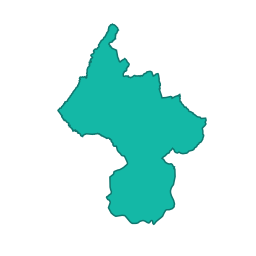 outline of San Kamphaeng, Chiang Mai, Thailand, rotated 51°
{"feature_id": "78962969B510948306110", "entity_name": "San Kamphaeng", "entity_type": "district", "adm_level": 2, "iso_a3": "THA", "parent_name": "Thailand", "parent_adm1": "Chiang Mai", "projection": "mercator", "projection_center": [99.128, 18.733], "detail": "fine", "context": "isolated", "style": "filled", "palette": "teal", "viewbox_px": 256, "rotation_deg": 51, "n_neighbors": 0, "source": "geoboundaries", "source_scale": "gbopen_adm2", "svg_char_len": 5687}
<svg xmlns="http://www.w3.org/2000/svg" viewBox="0 0 256 256"><g transform="rotate(51 128 128)"><path d="M186.4,194.0L188.7,193.2L189.2,192.6L192.1,187.5L193.8,185.8L194.8,185.5L201.8,185.4L203.9,185.1L204.9,184.6L206.4,182.8L207.5,181.2L208.0,179.8L208.0,177.6L209.0,175.1L209.7,174.2L210.5,173.7L211.2,173.3L213.6,172.5L214.9,171.6L215.0,170.7L214.5,168.5L214.9,167.7L215.7,167.5L217.9,168.7L219.0,168.6L219.1,167.9L218.4,164.9L218.4,158.2L218.3,156.6L216.7,153.4L215.7,150.7L215.7,150.1L215.8,149.5L217.5,147.3L218.5,144.5L218.4,142.7L218.2,141.7L217.3,141.1L216.8,140.2L216.0,139.5L212.9,138.1L208.2,137.0L205.4,135.9L203.6,134.6L202.1,132.6L201.2,130.6L200.6,128.3L195.4,122.0L189.6,117.6L188.8,117.4L188.5,117.9L188.1,117.7L187.5,116.4L186.2,117.0L184.3,116.6L183.3,116.8L182.9,117.1L181.8,118.8L180.5,119.6L179.1,120.2L177.7,120.5L175.0,120.1L173.0,120.6L172.7,118.6L173.0,116.6L172.6,113.6L173.2,111.6L172.2,109.7L172.4,108.2L171.8,106.2L173.7,105.9L175.8,106.6L177.5,106.1L178.6,105.2L178.8,103.7L179.1,103.4L180.9,102.8L182.5,101.5L184.4,98.3L184.6,97.4L184.3,95.1L185.8,92.0L186.1,90.4L185.3,88.5L185.6,87.2L185.6,86.4L184.8,84.6L184.9,83.0L184.3,81.8L184.8,80.6L184.7,79.6L183.6,76.8L182.9,76.2L182.2,74.8L181.2,73.7L179.9,73.7L177.4,71.7L175.2,70.6L174.8,70.0L174.5,66.8L173.9,64.9L172.1,64.4L171.1,62.4L169.2,61.5L166.6,65.2L165.0,65.2L163.5,66.6L162.5,67.2L160.2,67.6L159.4,68.0L158.2,68.1L157.8,68.5L157.1,68.0L155.9,68.7L154.8,69.0L153.9,69.8L153.0,70.1L151.9,69.6L151.1,69.6L150.0,70.0L148.2,69.8L147.4,71.0L144.8,70.6L143.4,70.9L140.9,70.4L140.7,70.8L140.3,70.9L137.9,69.3L137.8,68.8L135.8,68.2L136.1,67.4L134.5,66.7L134.3,68.8L133.3,71.4L132.6,75.0L131.4,74.4L130.4,75.0L128.3,79.2L126.0,82.6L123.5,81.5L117.4,79.2L117.7,78.4L115.5,77.2L115.1,76.8L115.3,76.2L114.1,75.2L113.2,74.8L112.7,75.0L111.6,74.3L111.1,74.3L109.3,72.8L105.9,70.9L104.7,70.5L104.2,71.1L103.7,72.5L103.9,74.2L103.5,75.7L101.9,75.1L101.3,75.1L99.7,74.3L98.3,74.8L97.5,75.7L96.3,78.1L96.7,79.3L96.0,81.4L96.6,84.1L96.4,84.3L96.1,84.3L95.4,84.9L95.5,86.2L94.7,86.3L94.3,86.6L93.9,87.6L93.1,88.3L92.5,89.4L91.5,89.6L91.3,89.9L91.1,90.4L91.1,92.2L90.5,94.4L89.7,94.6L88.7,95.6L87.8,95.1L87.5,95.7L87.2,95.8L86.0,97.2L85.6,98.4L84.9,98.9L83.6,98.2L82.8,97.5L82.5,97.0L82.5,96.2L81.8,95.4L81.7,95.0L82.5,94.1L82.2,93.4L82.3,92.9L82.0,92.7L82.0,92.4L80.7,91.7L80.8,91.0L80.1,89.8L80.5,89.0L79.9,88.6L79.9,88.1L79.2,87.0L78.6,86.8L76.1,87.0L74.3,86.5L72.0,86.8L72.1,88.1L71.8,88.8L71.8,89.9L71.6,90.4L71.8,92.3L71.7,92.6L71.1,92.4L70.7,92.8L69.3,92.3L68.9,92.3L68.4,91.9L66.4,91.4L60.4,88.1L60.3,88.5L59.3,88.5L56.1,90.2L53.7,90.1L53.7,90.5L53.4,90.6L53.0,90.1L50.7,90.1L50.1,88.5L51.2,86.1L51.1,85.6L50.5,85.2L50.8,84.5L50.5,84.0L50.8,83.5L50.6,82.8L50.8,81.6L50.0,81.6L50.0,81.2L49.4,80.5L48.4,79.6L48.0,79.5L47.7,79.1L47.8,78.8L47.2,78.6L47.1,76.7L46.6,76.2L46.0,74.7L45.7,74.7L45.8,73.8L44.9,73.8L43.8,73.2L40.9,73.4L39.3,73.7L38.2,74.6L37.5,74.7L37.4,75.8L36.9,76.6L37.3,77.6L37.2,78.1L37.5,79.3L38.4,80.3L39.1,81.3L39.9,81.6L40.0,82.3L40.5,82.9L40.6,84.4L41.3,85.0L41.4,86.0L42.2,87.1L42.3,88.0L42.8,88.5L42.5,89.5L42.6,89.9L43.5,91.7L43.2,93.8L43.8,94.8L43.9,95.7L44.8,97.7L44.8,98.4L45.1,98.8L46.4,99.2L46.6,99.5L46.5,100.9L47.0,102.5L46.8,103.2L46.0,103.7L46.1,105.5L46.5,106.4L47.7,106.5L48.0,107.0L48.4,108.4L48.0,109.5L48.0,110.7L48.3,111.2L50.0,111.3L50.5,111.0L50.9,111.2L51.0,112.1L51.2,112.7L50.9,113.2L51.2,113.8L51.7,114.3L51.6,114.8L52.2,115.2L53.1,114.7L53.5,115.1L53.4,115.8L52.6,116.3L52.5,116.7L53.1,117.2L54.2,117.4L54.5,118.5L55.4,118.6L55.6,119.0L55.7,121.0L57.0,123.1L59.2,124.9L59.4,125.6L61.3,126.5L61.4,127.3L62.8,128.3L62.9,128.8L62.6,129.2L61.0,129.1L60.6,130.6L59.7,131.1L59.4,132.1L58.4,133.0L58.4,133.4L58.9,134.5L59.3,134.6L59.9,134.3L60.2,134.5L60.5,136.1L61.6,136.5L62.3,138.1L63.0,138.9L63.2,140.2L64.1,141.0L64.0,142.9L64.7,144.4L65.4,147.9L66.1,149.1L66.2,150.5L66.9,151.7L66.8,152.7L67.4,153.6L67.7,155.6L68.4,157.5L69.0,158.2L68.1,160.7L68.2,161.0L69.1,161.6L68.8,162.5L69.4,163.3L69.5,164.5L69.8,165.2L69.7,166.1L70.4,167.3L69.7,168.7L70.2,169.9L70.1,170.9L70.4,171.4L72.0,171.5L72.2,171.4L76.2,171.7L76.8,171.4L77.1,171.7L77.2,172.1L77.6,172.4L79.8,172.5L80.4,172.7L80.7,172.5L80.8,172.7L82.1,172.8L82.6,171.8L84.8,171.9L86.9,171.0L87.6,171.7L87.8,171.7L87.9,172.0L88.6,172.5L89.1,172.2L89.4,172.3L89.6,171.8L90.1,172.6L90.4,172.3L91.6,172.3L93.2,171.9L93.6,172.2L94.2,172.1L94.7,172.3L95.2,172.0L95.4,172.6L95.8,172.7L96.1,171.3L96.5,170.8L96.3,170.5L96.5,170.1L97.2,170.1L97.5,170.8L98.3,170.2L98.3,169.8L98.6,169.6L98.9,169.8L99.7,169.6L100.1,170.0L100.3,169.5L101.0,169.7L101.4,169.2L102.0,169.0L102.7,169.0L103.8,169.2L104.1,169.5L105.7,168.9L106.1,168.9L106.3,169.2L106.1,168.5L105.4,168.3L105.7,166.0L106.3,164.0L110.8,159.3L110.8,158.9L111.7,158.0L111.9,157.5L111.8,157.3L112.9,155.8L113.1,155.0L113.4,155.0L114.2,154.2L114.4,154.3L114.6,153.9L115.6,153.9L116.1,153.4L116.8,153.7L117.3,153.5L117.2,153.3L117.9,153.1L118.2,152.7L118.7,152.7L119.1,152.3L119.5,152.4L120.2,151.9L122.5,151.1L122.4,150.8L123.0,150.5L123.3,149.7L124.0,149.2L124.6,149.0L125.3,149.2L125.5,148.7L126.5,148.9L127.0,148.5L127.9,149.4L130.5,149.3L131.6,150.3L133.2,150.4L134.9,148.5L138.5,150.2L140.4,150.4L143.0,150.0L145.1,150.2L145.5,150.1L147.4,148.6L148.3,148.6L153.9,150.0L155.1,150.6L155.7,151.3L155.9,156.1L155.7,157.9L155.2,160.6L154.2,162.6L153.2,166.0L153.3,166.6L154.1,167.4L154.6,168.1L154.8,168.8L154.7,172.9L162.7,179.1L165.1,180.3L166.9,180.9L168.1,182.1L168.4,183.1L168.1,184.7L168.4,185.7L168.1,187.9L168.5,188.4L170.8,188.7L172.5,187.9L174.3,188.4L174.9,188.9L177.7,193.4L183.5,194.5L186.4,194.0Z" fill="#14b8a6" stroke="#0f766e" stroke-width="1.5"/></g></svg>